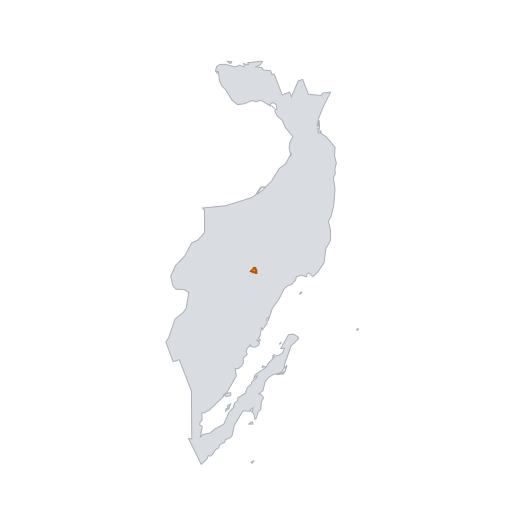 Miguel Auza, Zacatecas, Mexico (highlighted), rotated 249°
{"feature_id": "50627088B13748341386854", "entity_name": "Miguel Auza", "entity_type": "district", "adm_level": 2, "iso_a3": "MEX", "parent_name": "Mexico", "parent_adm1": "Zacatecas", "projection": "robinson", "projection_center": [-103.557, 24.164], "detail": "fine", "context": "in_parent", "style": "filled", "palette": "amber", "viewbox_px": 512, "rotation_deg": 249, "n_neighbors": 0, "source": "geoboundaries", "source_scale": "gbopen_adm2", "svg_char_len": 4956}
<svg xmlns="http://www.w3.org/2000/svg" viewBox="0 0 512 512"><g transform="rotate(249 256 256)"><path d="M81.1,130.2L109.8,127.6L108.3,130.5L153.0,147.3L186.8,147.2L186.9,140.8L207.8,141.0L211.4,145.5L226.0,157.7L229.5,168.0L232.2,172.0L245.9,180.1L250.3,177.1L253.6,169.5L257.8,167.8L267.7,169.1L276.0,177.5L281.6,189.6L291.2,200.6L291.8,207.6L296.1,216.2L317.2,224.3L320.0,223.1L313.9,245.3L312.1,271.8L313.1,277.5L318.6,285.2L317.5,289.3L317.8,285.2L313.2,278.7L314.7,284.6L320.3,297.2L329.4,309.1L331.5,316.6L337.9,324.2L336.1,324.0L339.8,325.8L338.6,324.7L345.2,325.7L350.0,328.3L354.2,333.2L365.3,329.5L373.5,329.0L378.9,326.0L384.6,325.5L385.8,326.6L385.4,328.1L390.1,329.1L393.2,326.8L392.3,322.8L390.8,323.8L391.2,323.0L399.6,316.5L400.1,311.1L402.5,308.1L402.4,299.4L403.9,293.0L410.4,289.3L421.8,287.3L426.8,285.1L432.4,284.6L441.7,286.9L442.4,285.5L440.0,285.4L443.2,284.4L447.0,287.2L447.7,291.0L445.9,296.2L440.1,304.0L440.0,309.3L437.0,312.4L437.6,313.6L440.3,313.2L437.5,316.5L437.5,317.8L439.4,317.4L436.0,330.5L435.1,331.7L433.1,328.7L432.5,323.8L429.9,328.9L427.1,329.3L423.8,336.1L419.7,336.0L419.4,338.2L397.0,338.2L397.0,346.1L391.9,346.1L404.4,358.3L404.1,362.8L388.2,362.9L382.6,374.1L384.2,376.9L382.3,384.4L370.6,371.6L361.3,363.1L355.6,359.8L354.9,360.6L360.2,363.6L352.0,361.0L352.6,358.9L350.4,359.8L349.1,357.9L347.6,359.9L350.3,360.9L346.2,361.3L342.2,364.2L329.3,368.8L321.0,365.1L313.9,364.3L309.1,360.9L304.4,359.5L301.4,356.3L290.0,353.7L275.7,346.9L266.4,340.5L262.5,336.1L252.9,334.7L243.7,331.0L237.9,323.9L225.3,317.1L218.7,307.6L216.4,301.9L221.4,299.1L220.6,296.7L218.4,295.9L221.8,291.5L222.1,286.2L219.4,284.4L216.7,279.2L216.8,274.4L215.0,270.2L207.6,262.1L201.2,252.5L191.1,244.1L194.0,245.7L194.2,243.9L188.9,242.1L184.9,235.5L187.7,235.7L179.9,231.2L178.9,229.0L175.9,229.9L175.5,228.8L177.7,226.3L173.9,228.3L171.7,226.4L171.2,222.0L174.0,218.2L175.0,218.9L173.1,215.0L170.7,212.5L167.4,212.6L165.2,207.3L161.1,206.1L158.8,203.8L157.2,199.1L158.3,196.2L151.1,194.7L138.9,179.8L138.2,176.3L136.4,175.2L128.7,156.8L128.1,151.2L129.1,149.3L122.2,147.0L120.7,144.0L118.5,142.9L116.0,144.7L106.9,139.1L108.5,142.7L107.1,149.6L109.1,155.2L110.6,165.7L119.9,174.9L122.8,181.1L124.2,180.9L124.9,182.8L126.3,183.0L127.5,187.0L130.2,188.2L131.7,196.7L136.5,201.0L138.0,205.7L140.3,207.3L141.9,212.9L143.8,214.3L142.7,210.1L145.4,212.5L148.5,225.5L151.6,229.2L155.7,238.5L155.1,242.4L155.9,246.0L159.4,249.4L160.7,245.9L170.9,258.1L169.9,262.7L165.9,266.0L163.7,266.4L159.4,256.4L143.5,242.9L142.1,243.1L138.8,238.9L138.2,236.0L139.2,229.7L137.9,223.7L135.5,219.5L127.8,214.3L126.3,209.1L124.9,211.3L120.9,212.3L118.0,208.8L110.8,205.3L109.8,202.3L104.4,198.0L103.9,196.5L109.5,197.3L112.8,196.0L112.7,197.4L115.5,198.8L114.5,195.4L113.2,195.2L116.0,188.2L105.7,175.1L97.0,169.4L95.5,166.5L95.5,161.7L93.4,160.1L92.9,154.6L90.2,152.3L89.8,149.0L86.1,143.9L85.5,141.5L86.8,139.8L84.2,137.7L81.1,130.2ZM138.4,180.0L137.4,183.4L134.6,182.3L135.8,177.2L137.5,176.7L138.4,180.0ZM127.0,179.4L123.0,175.8L122.0,172.0L124.0,173.2L124.4,175.3L126.5,175.8L127.0,179.4ZM446.0,303.0L445.0,301.9L445.4,300.4L448.0,299.1L446.0,303.0ZM139.0,243.1L136.1,239.6L137.9,232.6L137.3,238.9L139.0,243.1ZM102.4,193.3L100.2,192.8L101.7,189.0L102.7,191.8L102.4,193.3ZM65.8,180.9L64.0,178.5L64.4,177.5L65.1,177.5L65.8,180.9ZM141.4,243.2L143.1,245.9L139.5,243.2L141.4,243.2ZM206.3,284.5L205.9,285.7L205.0,285.2L204.6,283.3L206.3,284.5ZM156.8,236.0L157.5,238.2L155.6,235.5L156.8,236.0ZM149.9,221.9L151.0,222.9L149.4,224.8L149.9,221.9ZM151.9,325.1L151.2,325.4L150.1,324.5L151.0,323.4L151.9,325.1ZM388.6,325.5L386.6,326.0L390.0,324.8L388.6,325.5ZM166.4,248.2L165.4,247.9L165.3,245.9L166.4,248.2Z" fill="#d9dde1" stroke="#a8b0b8" stroke-width="1"/><path d="M242.2,247.1L242.3,247.2L242.3,247.3L242.3,247.5L242.2,247.5L242.3,247.6L242.2,247.6L242.2,247.8L242.3,247.9L242.3,248.0L242.2,248.1L242.0,248.3L241.7,248.6L241.5,249.1L241.3,249.2L241.1,248.7L240.6,248.9L240.4,249.1L240.0,249.5L239.9,249.7L239.9,249.8L239.9,250.0L240.0,250.0L239.9,250.0L240.0,250.0L239.9,250.0L240.0,250.0L240.3,250.2L240.2,250.3L240.3,250.3L240.5,250.4L240.5,250.5L240.7,250.8L240.9,250.8L241.1,250.9L241.4,251.0L241.5,250.9L241.6,251.0L241.8,250.9L242.0,250.9L242.1,251.0L242.1,250.7L242.4,250.6L242.5,250.6L242.8,250.8L242.8,250.7L243.0,250.7L243.0,250.8L243.0,250.7L243.3,250.8L243.5,250.8L243.6,250.7L243.6,250.8L243.8,250.8L243.8,251.0L244.0,250.9L244.1,251.2L244.5,251.2L245.0,250.6L245.4,251.1L245.7,250.4L245.9,249.9L245.8,249.7L245.4,249.0L245.0,248.4L244.9,248.2L244.4,247.4L244.3,247.2L244.0,246.4L243.9,246.4L244.0,246.2L243.9,246.0L243.9,245.8L243.8,245.7L243.8,245.8L243.7,246.0L243.7,245.9L243.7,246.0L243.4,246.2L243.4,246.3L243.4,246.2L243.3,246.3L243.3,246.2L243.2,246.3L243.2,246.5L242.9,246.6L243.0,246.6L242.9,246.6L242.7,246.7L242.4,246.7L242.2,246.7L242.2,246.8L242.2,247.0L242.2,247.1Z" fill="#f59e0b" stroke="#b45309" stroke-width="1.5"/></g></svg>